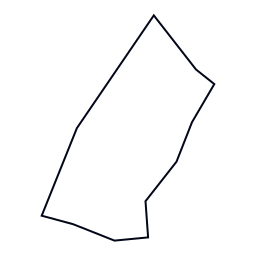 Ruggell, Natural Earth projection
{"feature_id": "LIE-4898", "entity_name": "Ruggell", "entity_type": "state/province", "adm_level": 1, "iso_a3": "LIE", "parent_name": "Liechtenstein", "parent_adm1": "", "projection": "natural_earth1", "projection_center": [9.518, 47.244], "detail": "fine", "context": "isolated", "style": "outline", "palette": "ink", "viewbox_px": 256, "rotation_deg": 0, "n_neighbors": 0, "source": "natural_earth", "source_scale": "10m", "svg_char_len": 264}
<svg xmlns="http://www.w3.org/2000/svg" viewBox="0 0 256 256"><path d="M153.8,15.4L196.0,69.5L214.3,84.1L192.0,122.2L176.5,161.7L145.5,201.2L148.1,237.4L114.5,240.6L73.1,224.2L41.7,215.7L76.9,128.1L153.8,15.4Z" fill="none" stroke="#020617" stroke-width="2"/></svg>